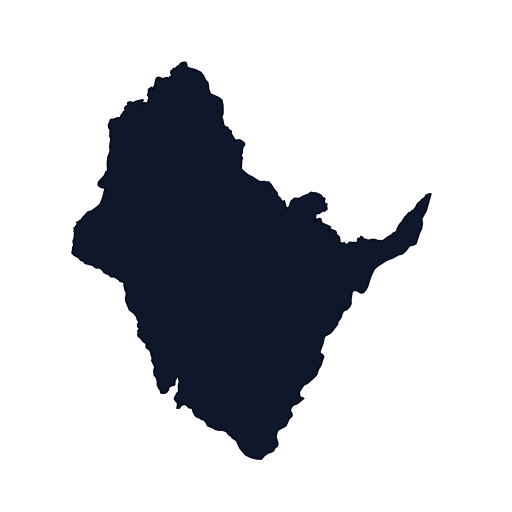 outline of Montufar, Carchi, Ecuador, rotated 352°
{"feature_id": "8360857B57734122630891", "entity_name": "Montufar", "entity_type": "district", "adm_level": 2, "iso_a3": "ECU", "parent_name": "Ecuador", "parent_adm1": "Carchi", "projection": "orthographic", "projection_center": [-77.805, 0.568], "detail": "fine", "context": "isolated", "style": "filled", "palette": "ink", "viewbox_px": 512, "rotation_deg": 352, "n_neighbors": 0, "source": "geoboundaries", "source_scale": "gbopen_adm2", "svg_char_len": 6062}
<svg xmlns="http://www.w3.org/2000/svg" viewBox="0 0 512 512"><g transform="rotate(352 256 256)"><path d="M233.0,457.9L236.3,455.0L238.3,453.9L241.1,452.6L243.4,452.4L246.0,451.5L248.5,448.2L250.0,447.7L250.9,446.8L251.6,444.3L250.5,437.7L252.3,433.4L253.7,431.4L261.4,428.6L262.4,427.7L265.8,422.2L269.4,419.4L269.7,417.7L268.3,413.3L270.9,409.8L272.9,408.6L276.2,408.0L283.3,403.8L282.7,402.9L280.7,402.3L279.8,400.8L279.8,397.7L280.6,395.8L284.3,391.5L285.8,390.4L289.2,389.2L291.9,387.5L298.1,383.2L299.6,381.8L302.0,376.8L304.5,374.0L305.9,371.6L307.0,368.9L309.0,365.3L308.7,363.9L307.8,362.6L306.5,362.0L305.9,360.4L306.4,358.6L310.2,351.7L312.0,346.5L313.2,344.9L318.8,342.8L321.3,340.8L327.2,334.9L327.8,332.8L331.8,328.4L332.9,325.6L334.6,323.1L335.7,322.4L338.7,321.5L341.3,319.5L342.8,317.7L343.6,315.9L343.9,312.5L346.2,304.8L348.3,303.8L349.7,303.8L351.5,304.7L354.3,307.0L356.3,307.3L357.5,307.0L360.6,304.1L362.4,301.5L366.8,292.1L371.3,285.3L375.9,282.4L385.7,278.1L391.4,276.9L397.1,274.6L401.0,274.3L404.9,271.8L409.3,267.4L414.0,266.8L415.5,266.4L416.3,265.7L421.1,255.7L423.6,252.2L425.3,247.0L425.2,242.2L430.8,234.9L437.8,218.9L436.9,218.5L433.0,219.3L431.1,221.8L427.9,223.3L426.3,224.9L424.3,225.8L422.5,227.6L421.4,229.4L418.3,232.6L416.5,233.0L415.7,234.1L413.4,234.5L412.3,235.3L410.6,237.0L408.8,238.2L408.1,239.5L406.8,240.4L405.9,242.0L402.6,244.7L399.7,248.6L399.2,250.2L397.9,251.7L395.3,252.3L392.4,254.5L390.4,255.0L383.9,258.4L382.6,258.8L381.4,258.1L378.8,257.7L376.2,256.3L373.0,255.7L370.7,256.1L368.7,255.8L367.4,254.9L365.7,254.8L363.7,251.9L362.6,251.3L361.4,253.2L360.1,252.7L359.1,253.2L359.0,255.2L358.6,255.6L358.9,256.5L358.5,256.6L355.9,256.7L354.6,256.0L353.4,256.4L351.2,255.4L350.0,255.7L348.3,257.3L346.1,256.8L345.1,255.0L343.7,255.7L341.4,254.4L340.8,253.0L341.3,251.6L340.9,250.2L341.3,249.3L338.2,244.9L338.9,244.0L338.0,242.4L333.4,239.7L331.1,241.4L331.5,239.7L333.7,237.9L333.4,237.2L325.8,232.5L325.5,232.7L325.7,231.0L325.1,230.0L325.5,228.7L324.8,228.1L323.3,227.7L322.0,228.4L320.9,227.9L320.8,229.3L320.2,229.3L319.4,230.2L318.9,230.1L321.2,222.7L322.2,222.1L323.2,222.8L324.7,222.5L328.9,220.4L330.1,221.1L332.8,219.5L332.8,215.4L333.4,214.5L332.3,214.5L331.8,214.0L331.1,211.0L332.2,209.0L331.8,208.1L330.4,208.3L328.8,204.7L324.1,201.9L321.5,201.5L319.7,200.6L318.1,201.1L316.8,202.1L311.8,203.1L306.5,205.1L302.3,204.2L298.6,206.4L297.3,208.5L296.3,211.1L295.2,212.4L292.7,213.1L291.7,205.5L291.6,205.3L290.4,205.9L289.0,204.9L288.1,202.2L286.3,200.2L285.6,198.9L285.6,196.2L283.3,192.8L280.9,187.4L278.9,184.6L278.3,184.3L277.1,184.6L274.9,183.4L271.6,183.2L269.1,182.3L262.7,176.7L261.1,175.9L258.3,173.5L254.3,169.0L253.7,167.8L253.8,166.0L255.2,159.0L256.2,157.2L255.1,154.3L256.6,152.1L257.7,147.1L260.2,144.0L260.3,143.3L259.6,141.7L256.1,138.7L251.5,138.5L248.2,131.0L248.9,129.5L248.7,128.7L246.3,127.0L245.9,124.8L243.5,123.7L242.3,122.1L241.9,115.6L241.2,114.3L243.2,110.0L244.2,102.3L243.8,96.6L240.4,93.5L233.9,89.5L233.0,87.9L232.4,84.5L232.5,77.8L230.3,74.5L229.1,70.4L226.9,66.5L221.7,63.0L214.7,60.1L213.8,58.5L214.0,56.9L213.6,54.9L212.7,54.2L211.2,54.1L209.5,54.3L207.6,55.3L206.1,56.9L204.5,57.2L203.0,58.8L200.3,58.9L199.6,59.6L199.8,60.3L199.4,60.7L197.7,60.8L197.1,62.8L197.6,64.3L197.3,65.5L198.2,67.1L198.0,67.5L195.6,66.5L194.4,68.4L193.1,67.1L191.4,66.8L189.8,67.6L188.2,67.2L187.9,68.5L187.5,68.6L186.5,66.5L185.4,65.7L183.3,65.6L182.1,66.1L180.4,69.8L179.4,73.4L178.0,74.5L177.5,76.5L177.0,76.3L176.0,74.4L172.8,76.0L172.1,79.9L171.0,81.4L172.0,83.3L171.8,85.8L170.8,86.8L170.3,89.3L168.4,89.2L166.5,88.6L165.2,90.2L164.8,87.2L166.0,86.0L165.3,85.5L159.0,86.0L155.6,87.2L153.6,86.1L152.3,85.8L150.8,86.1L150.2,86.6L150.3,88.9L147.5,90.0L146.4,91.8L146.9,92.7L146.4,94.4L144.8,94.7L143.6,96.7L142.2,97.6L140.9,100.0L139.3,100.3L137.8,99.8L133.7,101.0L131.7,100.4L130.8,101.0L128.0,106.2L128.1,108.6L129.2,110.7L128.4,114.2L128.5,115.8L127.8,116.7L128.7,119.5L126.5,127.0L126.2,131.9L123.0,137.8L121.7,143.5L121.0,150.5L120.3,151.4L119.2,151.8L117.0,155.4L110.7,160.5L109.6,162.9L109.9,164.5L111.5,166.0L113.6,167.1L116.0,167.7L112.8,176.1L109.3,182.5L106.8,184.6L99.4,188.6L95.8,189.0L89.2,194.3L87.5,196.3L86.0,196.5L84.9,198.0L83.8,197.4L83.1,197.8L83.7,198.7L83.2,199.9L80.9,202.4L79.7,203.1L80.0,205.0L79.2,206.2L79.7,207.5L78.6,212.5L76.8,216.3L77.2,219.0L76.3,221.4L75.6,222.2L75.3,224.6L74.2,227.3L76.1,230.0L80.2,233.0L81.7,235.7L83.2,236.4L84.8,237.7L85.8,239.6L93.2,242.5L95.0,244.8L96.1,245.6L98.9,245.9L100.1,246.5L102.1,248.8L103.3,251.3L107.6,254.0L109.8,256.6L113.1,256.9L115.0,258.9L117.0,260.2L117.6,262.0L120.4,263.1L121.4,263.8L121.6,265.2L121.1,267.3L121.5,268.2L121.4,270.6L122.5,274.2L121.9,277.5L120.8,279.9L120.9,282.8L123.2,291.8L127.1,295.6L129.3,299.5L129.7,302.6L130.7,304.2L130.7,305.1L129.5,306.9L129.0,308.5L129.2,309.8L130.1,310.5L130.3,311.7L128.4,314.2L128.8,316.2L128.0,317.3L128.2,319.1L130.6,321.6L131.4,323.5L133.5,326.2L134.5,326.6L134.8,327.3L135.7,327.3L135.5,328.3L134.7,328.9L134.6,331.3L135.1,332.1L137.1,333.7L138.4,336.5L138.3,338.3L139.1,342.6L138.2,345.1L140.4,351.7L138.9,355.2L138.7,360.2L139.7,361.1L140.6,363.3L140.9,367.3L140.4,368.8L140.5,370.9L142.7,376.2L142.8,378.3L145.0,379.1L147.4,379.0L148.6,378.4L150.7,376.2L151.3,374.1L152.4,373.1L153.6,373.1L154.9,372.3L156.6,372.7L157.7,371.9L157.8,371.4L157.1,370.8L158.1,370.0L158.4,367.9L159.8,366.5L160.7,364.6L162.6,364.8L162.4,367.6L162.7,370.0L161.3,373.0L160.5,379.5L158.1,381.5L157.7,382.5L156.4,383.8L155.3,386.2L156.5,388.8L157.4,389.5L157.8,391.9L156.6,395.6L158.7,396.0L161.3,393.6L163.6,392.8L165.1,392.9L165.7,393.8L167.0,394.0L167.3,395.5L168.8,397.2L170.4,397.4L172.0,398.6L172.0,401.1L173.0,404.2L174.3,406.5L176.3,408.0L177.6,408.4L179.6,410.5L180.4,410.3L181.5,411.0L183.5,413.9L184.5,417.4L190.0,420.5L191.6,422.1L195.7,423.5L197.7,423.5L202.2,425.6L204.3,429.3L206.5,431.0L207.2,433.0L209.0,434.2L211.5,436.9L211.9,439.8L213.5,444.4L218.1,451.6L223.3,455.0L228.2,457.0L233.0,457.9Z" fill="#0f172a" stroke="#020617" stroke-width="1.5"/></g></svg>